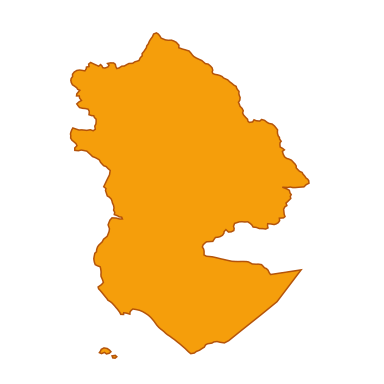 the district of Macaé, Rio de Janeiro, Brazil, rotated 86°
{"feature_id": "56859067B80859432547876", "entity_name": "Macaé", "entity_type": "district", "adm_level": 2, "iso_a3": "BRA", "parent_name": "Brazil", "parent_adm1": "Rio de Janeiro", "projection": "equal_earth", "projection_center": [-41.985, -22.283], "detail": "fine", "context": "isolated", "style": "filled", "palette": "amber", "viewbox_px": 384, "rotation_deg": 86, "n_neighbors": 0, "source": "geoboundaries", "source_scale": "gbopen_adm2", "svg_char_len": 5442}
<svg xmlns="http://www.w3.org/2000/svg" viewBox="0 0 384 384"><g transform="rotate(86 192 192)"><path d="M307.4,114.9L277.3,88.6L279.8,119.4L277.9,120.6L275.3,121.6L273.6,123.1L272.7,125.0L271.1,126.2L269.3,127.7L268.6,130.7L268.5,133.2L268.0,136.9L265.7,140.5L265.2,142.6L264.8,146.5L264.6,151.0L264.3,153.8L263.9,157.0L262.4,162.2L261.4,165.4L260.8,167.5L259.2,172.4L258.1,176.1L257.6,178.9L257.1,182.1L255.6,184.4L253.7,184.2L251.8,184.1L249.7,184.4L247.6,185.5L245.5,184.6L244.0,182.9L242.7,181.0L242.7,177.5L242.7,174.7L240.8,173.3L239.0,171.8L238.9,169.3L238.5,167.1L237.3,164.6L235.4,163.1L233.7,162.7L231.9,160.8L234.5,158.4L234.5,155.7L233.4,153.0L231.4,152.5L229.1,153.0L226.3,151.7L225.1,147.0L225.1,144.3L225.6,141.4L225.6,138.5L227.5,136.0L229.2,134.5L231.2,133.5L231.8,130.3L233.2,127.3L233.5,123.8L234.1,121.1L233.1,118.7L231.0,119.0L228.9,118.7L229.4,115.5L230.2,112.4L229.7,110.2L228.6,108.1L226.7,106.6L224.2,106.7L224.2,102.5L223.0,100.9L220.7,101.6L218.2,101.7L215.5,101.8L213.2,100.3L212.2,98.3L209.6,99.0L208.2,97.2L206.7,95.5L205.3,93.9L203.3,94.3L201.5,93.2L199.8,94.3L197.1,94.8L195.5,97.3L193.5,101.6L193.9,98.3L194.1,96.0L193.9,93.6L194.6,91.3L194.8,88.7L194.7,84.4L194.7,80.0L192.6,77.5L191.4,74.7L188.8,74.8L187.2,75.8L186.0,77.3L183.9,78.5L181.8,80.1L180.2,80.8L178.8,83.3L177.0,84.9L175.1,86.4L173.4,86.2L171.5,87.1L169.3,88.9L167.2,90.6L165.8,93.2L165.1,95.2L163.4,97.2L160.6,98.4L157.8,99.0L156.4,96.9L154.8,98.6L153.3,100.9L150.6,101.0L148.9,100.7L147.6,99.5L145.4,100.9L143.6,101.0L142.0,102.1L139.7,102.6L137.7,102.6L136.0,102.3L133.9,103.7L131.9,105.1L129.8,107.3L128.9,110.5L127.6,112.4L125.6,114.6L124.5,117.5L126.0,119.5L125.4,122.9L124.3,125.1L126.3,126.6L126.6,130.0L125.0,131.4L123.3,131.5L121.4,133.2L118.8,135.2L116.7,136.0L114.5,135.2L112.1,136.2L109.9,138.1L108.0,138.6L105.7,139.4L103.8,137.9L101.1,137.4L99.3,138.0L97.3,138.4L94.9,138.1L93.3,139.3L91.6,140.2L89.7,140.6L88.3,142.8L86.4,144.7L84.7,146.7L82.6,148.6L81.5,150.7L80.4,152.7L79.0,153.8L77.8,155.9L76.9,158.3L76.2,161.1L75.2,163.0L73.6,163.5L72.0,162.8L69.5,163.3L67.6,164.8L65.5,167.0L64.9,169.7L62.9,171.7L61.5,173.1L60.2,175.6L58.5,178.6L57.0,180.7L55.5,182.0L53.2,183.5L51.1,185.1L50.4,187.0L49.6,189.0L48.8,191.4L47.2,195.1L44.6,194.8L43.2,196.0L41.6,197.2L40.1,199.6L39.1,201.9L39.0,205.1L38.4,207.9L37.3,210.1L36.3,212.1L33.9,213.3L32.0,214.7L30.8,216.4L31.7,219.3L34.3,220.6L36.5,222.5L38.8,224.1L41.1,225.2L43.0,226.9L45.0,227.5L46.5,228.7L48.6,230.3L50.4,232.1L52.7,232.2L54.3,234.1L57.1,235.7L57.7,237.7L58.1,239.8L59.5,242.3L59.4,245.9L60.4,248.3L61.6,250.7L61.6,253.3L63.2,256.2L63.6,258.4L61.7,259.2L59.2,259.6L57.8,261.2L57.5,264.5L57.9,267.3L59.7,265.9L61.4,267.2L62.3,270.2L61.8,272.3L59.9,273.1L58.5,274.3L60.0,276.4L58.9,278.3L57.4,281.1L55.7,284.1L57.2,286.2L59.7,286.0L60.0,288.6L61.7,288.9L63.7,290.4L63.1,292.6L62.5,295.6L62.7,298.4L64.1,301.1L66.2,303.0L68.6,303.1L70.3,304.6L72.1,305.1L74.3,304.8L76.7,303.8L78.3,301.7L80.0,299.7L81.6,298.9L82.7,296.8L84.5,298.6L86.1,300.1L88.1,300.5L88.3,297.8L90.4,297.6L93.0,295.9L94.3,298.6L96.1,300.8L98.2,299.5L99.9,298.3L100.9,295.3L101.3,292.6L102.1,289.9L104.1,288.9L105.8,289.0L107.7,289.4L108.8,286.8L109.1,284.7L110.8,284.2L112.7,282.6L114.9,282.7L117.4,283.1L119.5,284.4L122.7,284.1L124.0,286.3L122.8,289.1L123.2,292.7L122.7,295.4L122.3,297.8L122.3,300.4L121.2,303.1L119.8,306.4L121.8,307.7L124.0,308.7L125.7,309.2L127.3,309.0L129.7,309.3L131.9,308.2L133.7,306.3L135.7,304.3L137.8,303.5L139.9,305.9L142.3,306.0L142.9,302.5L142.4,299.6L143.1,296.9L143.9,294.1L145.7,292.4L147.5,290.7L149.7,288.8L150.9,286.2L151.9,284.5L153.5,282.2L156.1,281.1L158.0,279.6L159.6,278.3L160.7,275.8L162.7,274.2L164.8,272.1L169.1,273.1L174.7,276.4L180.6,279.7L182.5,277.6L184.5,278.2L186.8,277.6L190.0,276.8L191.4,274.8L193.4,273.1L195.2,272.5L197.5,272.1L199.9,271.2L202.5,270.9L204.6,271.5L206.9,270.5L209.1,271.1L210.5,267.9L211.7,266.4L212.2,263.9L214.0,263.3L213.9,266.0L212.7,269.5L212.2,273.6L214.3,275.8L216.3,276.8L218.9,278.0L222.8,276.9L225.4,277.4L227.6,278.4L230.3,279.7L232.9,283.5L235.4,285.0L238.6,288.8L240.3,290.1L242.7,291.1L245.0,291.5L246.3,293.2L249.5,294.1L251.7,294.6L253.5,294.5L255.1,294.3L257.7,293.6L259.0,291.5L260.2,288.8L261.9,288.5L264.3,288.3L265.9,288.3L268.1,288.6L269.9,288.6L273.2,287.4L276.0,286.7L278.1,288.8L280.2,292.3L282.1,291.9L283.5,290.7L286.1,288.8L288.7,287.0L290.7,285.6L292.3,284.4L294.0,283.5L295.8,281.0L297.3,279.4L298.7,278.3L300.2,277.1L301.8,276.0L303.2,274.9L304.7,273.9L306.9,272.5L309.1,271.6L309.4,268.8L307.7,268.5L308.3,265.7L309.5,262.5L307.4,262.2L305.9,261.0L304.6,259.2L305.3,256.1L306.3,252.7L307.8,249.7L309.3,247.5L310.7,245.6L312.0,244.0L314.1,242.0L316.3,240.3L318.4,238.8L320.4,237.6L322.5,236.3L324.8,234.5L326.6,232.7L327.8,231.3L329.2,229.8L331.1,228.1L332.6,226.5L334.3,224.2L336.3,221.9L337.9,219.9L339.4,218.3L340.9,216.7L342.6,214.8L344.0,213.4L345.8,211.6L347.7,209.7L349.3,208.3L351.1,206.7L353.2,204.5L352.8,200.9L351.4,198.8L350.4,195.6L348.7,192.6L347.6,190.5L345.5,189.2L344.5,187.1L344.3,184.8L344.1,182.6L343.1,180.7L342.9,177.5L343.9,174.3L344.8,170.2L342.9,165.8L334.5,153.8L327.6,143.8L319.2,131.6L307.4,114.9ZM346.9,293.5L345.9,290.5L347.6,288.6L347.1,285.8L345.7,284.0L344.0,285.3L342.2,287.5L341.4,290.7L342.6,293.5L344.3,294.4L345.8,295.6L346.9,293.5ZM352.0,282.6L352.4,280.3L351.1,278.5L349.6,279.9L349.9,283.2L352.0,282.6Z" fill="#f59e0b" stroke="#b45309" stroke-width="1.5"/></g></svg>